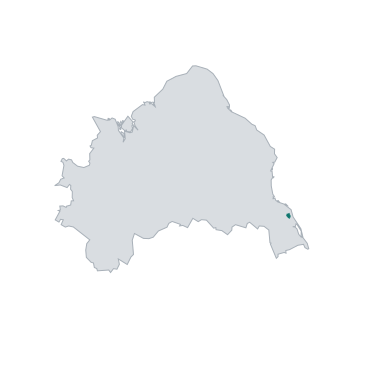 location of São José dos Ausentes, Rio Grande do Sul, Brazil, rotated 299°
{"feature_id": "56859067B10014476741522", "entity_name": "São José dos Ausentes", "entity_type": "district", "adm_level": 2, "iso_a3": "BRA", "parent_name": "Brazil", "parent_adm1": "Rio Grande do Sul", "projection": "robinson", "projection_center": [-49.931, -28.671], "detail": "fine", "context": "in_parent", "style": "filled", "palette": "teal", "viewbox_px": 384, "rotation_deg": 299, "n_neighbors": 0, "source": "geoboundaries", "source_scale": "gbopen_adm2", "svg_char_len": 4579}
<svg xmlns="http://www.w3.org/2000/svg" viewBox="0 0 384 384"><g transform="rotate(299 192 192)"><path d="M118.7,89.1L121.8,92.2L125.7,90.7L126.9,92.7L129.1,89.9L134.4,87.1L135.6,84.4L138.9,82.9L139.2,81.2L135.3,80.6L134.3,73.4L131.0,68.8L135.5,71.1L139.5,71.0L142.3,73.4L143.2,70.5L153.2,67.1L155.4,64.7L155.3,62.5L158.3,62.4L159.2,63.5L158.3,67.1L160.9,68.1L161.7,71.1L160.0,73.4L159.1,79.4L161.0,85.6L165.7,89.3L167.8,88.7L168.8,86.7L170.6,87.1L176.0,83.9L182.8,84.9L181.8,82.2L182.8,80.5L184.1,81.3L188.6,80.0L193.5,83.2L195.7,81.6L200.4,82.7L209.2,68.6L210.6,70.0L213.6,83.1L215.1,85.1L218.0,86.2L218.4,89.5L213.3,95.8L210.2,97.8L206.1,106.3L202.1,107.6L206.3,107.8L212.5,103.5L213.7,109.0L215.4,110.7L221.8,108.8L219.9,114.9L222.4,110.0L225.3,107.1L226.8,108.0L227.5,107.1L226.9,104.9L228.8,102.2L233.8,101.5L244.4,106.3L245.2,108.7L246.7,107.0L249.2,108.9L249.8,110.9L248.5,112.3L249.1,113.0L250.4,111.7L250.7,113.0L249.5,114.4L248.7,118.6L250.4,116.8L251.6,113.7L251.9,115.9L256.6,113.1L267.8,116.6L276.7,116.3L285.4,122.0L293.0,129.9L302.5,131.4L304.3,134.3L306.8,145.7L305.7,153.1L302.0,160.7L291.6,173.1L291.6,172.1L289.6,177.7L286.3,182.6L284.8,183.4L283.7,181.2L282.7,182.3L281.3,187.6L282.3,202.7L280.3,211.5L280.6,215.0L277.6,218.6L276.8,227.4L269.8,238.4L269.5,243.5L265.4,245.6L263.4,249.8L258.2,249.9L257.1,248.3L256.6,250.1L248.5,250.5L248.9,252.0L243.8,255.5L240.9,255.4L235.7,258.4L229.3,263.7L228.0,266.2L226.9,265.3L226.5,266.4L225.0,265.9L226.9,267.4L225.4,269.1L224.9,271.9L226.0,278.1L224.6,287.2L219.2,292.5L212.6,305.1L206.4,310.8L206.2,308.9L210.7,306.5L214.5,299.6L214.6,298.4L212.0,299.1L210.5,296.9L211.3,299.1L210.6,301.7L206.7,305.9L205.5,309.2L205.9,311.1L203.0,317.6L199.0,321.6L198.1,321.0L198.1,317.8L200.3,314.9L196.7,310.4L188.8,305.2L186.3,302.4L184.1,303.9L183.8,301.9L179.3,297.4L177.2,298.6L174.9,297.9L184.4,285.9L185.6,285.9L185.4,284.8L196.0,277.6L196.9,271.6L194.9,267.3L191.5,267.3L193.5,257.1L191.3,255.6L186.8,256.5L184.5,245.9L180.7,244.0L177.9,245.3L171.9,243.8L172.7,236.8L170.7,231.3L172.4,230.1L170.9,228.5L174.4,218.3L172.4,213.7L169.1,211.8L169.4,205.5L158.7,205.4L158.3,200.2L156.3,197.6L158.1,197.6L156.6,188.9L153.3,186.9L149.1,187.2L141.6,181.5L133.7,180.0L130.3,176.9L127.9,172.0L127.8,161.8L120.9,163.1L109.0,171.1L105.5,170.1L97.2,170.5L97.7,160.0L93.6,163.5L88.1,163.8L86.9,160.5L82.1,159.8L83.4,157.0L77.2,147.5L78.9,145.8L78.6,143.2L82.2,140.2L81.6,137.8L83.6,131.3L89.7,127.2L95.8,125.0L100.6,125.8L103.9,105.2L102.5,100.6L99.9,98.2L100.0,93.4L105.3,92.9L104.4,90.3L101.2,90.2L101.3,85.9L111.1,85.8L111.0,84.0L112.5,85.6L115.6,83.2L117.3,85.9L117.5,89.4L118.7,89.1ZM216.3,98.0L227.2,99.2L224.6,106.5L222.6,106.6L222.3,107.9L220.7,107.3L218.9,109.2L214.8,109.1L213.3,105.5L214.4,104.6L213.1,103.3L214.0,99.1L216.3,98.0ZM207.0,106.8L208.7,101.6L210.4,100.9L210.3,104.0L207.0,106.8ZM219.3,95.5L218.3,97.4L215.8,97.0L216.2,95.7L219.3,95.5ZM215.6,93.3L215.2,97.3L214.1,96.9L215.6,93.3ZM221.0,98.0L219.5,98.2L218.8,97.9L220.7,96.7L221.0,98.0ZM213.9,98.1L212.3,99.4L211.7,98.8L212.8,97.6L213.9,98.1ZM216.9,94.6L216.1,93.8L217.4,93.0L217.5,93.8L216.9,94.6ZM216.0,84.4L215.1,84.6L214.9,83.1L215.8,83.0L216.0,84.4ZM226.4,281.9L226.1,280.6L226.8,279.4L227.0,279.8L226.4,281.9ZM244.7,255.0L244.9,256.4L243.8,256.1L244.7,255.0ZM225.8,272.8L225.4,272.0L226.1,271.2L226.3,271.6L225.8,272.8ZM250.2,115.9L249.5,117.4L250.2,115.3L250.2,115.9ZM284.2,183.6L283.1,184.0L283.8,182.9L284.2,183.6ZM251.4,251.1L250.3,251.6L250.1,251.3L250.8,250.7L251.4,251.1ZM282.4,186.3L282.0,187.2L281.7,186.6L282.4,186.3ZM247.3,105.7L247.3,106.5L247.0,106.4L247.3,105.7Z" fill="#d9dde1" stroke="#a8b0b8" stroke-width="1"/><path d="M218.8,286.5L218.7,286.6L218.5,286.4L218.4,286.4L218.4,286.5L218.2,286.4L218.1,286.5L218.1,286.4L217.9,286.3L217.7,286.4L217.7,286.5L217.4,286.6L217.4,286.8L217.5,286.9L217.5,287.0L217.6,287.3L217.6,287.5L217.4,287.6L217.2,287.6L217.2,287.8L217.1,288.0L216.9,288.1L216.8,288.3L216.7,288.4L216.7,288.5L216.6,288.8L216.6,289.0L216.7,288.9L216.8,288.9L216.9,289.0L216.9,288.9L217.0,288.9L217.3,288.9L217.3,289.0L217.5,289.0L217.7,289.3L217.8,289.3L218.0,289.4L218.1,289.2L218.1,289.3L218.1,289.2L218.0,288.9L218.0,288.7L218.1,288.4L218.2,288.2L218.3,288.2L218.5,288.2L218.4,288.2L218.4,288.3L218.5,288.4L218.5,288.2L218.8,288.0L218.7,288.0L218.7,287.9L218.8,287.8L218.9,287.7L219.0,287.5L219.3,287.5L219.5,287.6L219.5,287.4L219.4,287.4L219.4,287.2L219.2,287.1L219.2,286.9L219.3,286.9L219.2,286.8L219.2,286.7L219.3,286.7L219.2,286.7L218.9,286.7L218.8,286.5Z" fill="#14b8a6" stroke="#0f766e" stroke-width="1.5"/></g></svg>